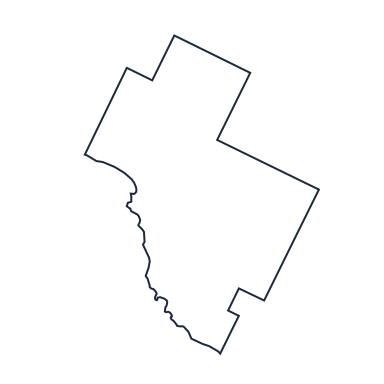 the district of Marquette, Michigan, United States of America, rotated 206°
{"feature_id": "52423323B1149606066361", "entity_name": "Marquette", "entity_type": "district", "adm_level": 2, "iso_a3": "USA", "parent_name": "United States of America", "parent_adm1": "Michigan", "projection": "natural_earth1", "projection_center": [-87.624, 46.449], "detail": "fine", "context": "isolated", "style": "outline", "palette": "slate", "viewbox_px": 384, "rotation_deg": 206, "n_neighbors": 0, "source": "geoboundaries", "source_scale": "gbopen_adm2", "svg_char_len": 1229}
<svg xmlns="http://www.w3.org/2000/svg" viewBox="0 0 384 384"><g transform="rotate(206 192 192)"><path d="M248.2,324.8L276.5,324.9L276.7,274.9L305.0,275.0L304.7,178.6L302.3,178.9L291.5,177.9L285.4,179.8L272.7,180.6L261.0,179.5L251.9,177.0L248.3,175.1L245.0,172.3L243.2,170.2L242.2,167.7L243.0,165.0L246.3,163.7L244.8,161.8L242.4,156.9L242.4,156.4L244.9,154.3L244.4,150.6L240.1,149.9L238.3,148.1L231.2,147.8L229.2,146.9L226.4,144.3L225.6,141.1L225.8,139.5L225.5,138.4L219.9,136.4L217.6,135.0L212.8,126.4L212.8,126.0L213.0,123.2L201.8,114.1L199.6,111.2L197.8,104.8L196.8,96.2L193.9,94.6L189.4,89.8L188.2,87.9L186.3,87.4L184.2,87.8L181.7,87.0L179.5,85.5L179.0,84.4L179.3,83.4L179.0,80.7L177.6,79.2L176.1,79.4L176.0,80.1L176.5,82.0L174.5,83.5L170.1,84.0L167.1,83.4L166.1,82.4L165.5,80.7L165.0,77.8L165.4,77.0L164.0,72.7L162.7,72.6L160.7,74.0L158.4,73.8L156.0,72.2L155.5,71.2L156.1,70.6L155.9,69.4L154.7,68.5L153.4,68.3L152.3,68.2L147.8,66.1L147.0,65.2L144.6,65.7L141.5,67.2L140.4,67.3L134.0,64.8L128.2,59.9L115.7,60.1L108.9,61.0L104.8,60.7L98.5,60.2L95.8,59.1L95.7,88.8L95.6,101.2L107.6,101.3L107.6,125.9L79.6,126.1L79.3,200.2L79.0,249.8L192.2,249.8L191.9,324.6L248.2,324.8Z" fill="none" stroke="#1e293b" stroke-width="2"/></g></svg>